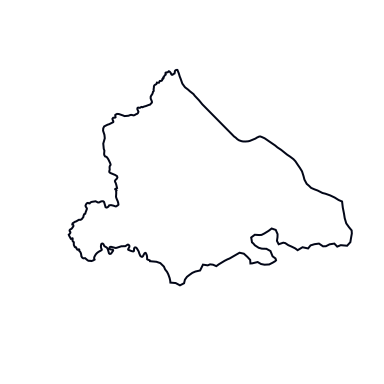 Nong, Savannakhét, Laos (Mercator projection), rotated 153°
{"feature_id": "54806243B35182777115371", "entity_name": "Nong", "entity_type": "district", "adm_level": 2, "iso_a3": "LAO", "parent_name": "Laos", "parent_adm1": "Savannakhét", "projection": "mercator", "projection_center": [106.609, 16.399], "detail": "fine", "context": "isolated", "style": "outline", "palette": "ink", "viewbox_px": 384, "rotation_deg": 153, "n_neighbors": 0, "source": "geoboundaries", "source_scale": "gbopen_adm2", "svg_char_len": 6072}
<svg xmlns="http://www.w3.org/2000/svg" viewBox="0 0 384 384"><g transform="rotate(153 192 192)"><path d="M260.8,149.4L255.4,146.0L252.5,143.0L250.9,138.3L251.1,135.2L250.5,132.2L250.5,129.5L251.0,125.5L251.7,122.8L252.4,121.1L247.9,118.3L245.1,114.3L240.5,114.3L238.1,117.1L235.0,118.7L231.8,119.3L228.4,119.8L225.1,119.6L220.4,118.4L215.2,122.3L211.3,119.5L208.7,119.3L206.3,117.7L204.0,114.9L200.9,115.4L194.0,115.9L191.0,115.9L188.7,115.7L177.2,116.3L173.8,113.5L172.1,109.0L171.0,105.1L172.4,101.8L170.8,101.1L165.3,99.8L163.2,96.5L160.4,94.3L156.1,92.4L152.1,92.4L149.2,92.6L148.1,93.0L147.8,94.9L149.4,98.1L148.9,103.8L151.5,107.6L155.5,109.8L157.9,112.0L160.2,116.0L160.7,118.2L161.4,119.9L159.9,124.6L155.5,125.4L151.6,123.1L149.5,122.2L146.4,122.2L141.4,122.6L137.6,123.3L134.6,120.2L134.9,115.6L136.3,113.0L138.5,109.9L138.5,106.1L133.7,105.4L132.1,104.1L130.4,101.0L128.1,98.2L125.7,95.0L124.3,92.2L118.6,92.6L114.2,89.0L110.6,90.6L106.6,89.9L102.3,88.4L99.9,84.1L97.3,82.9L93.1,82.9L88.6,81.4L87.4,77.4L83.6,77.1L78.2,73.7L73.7,75.4L71.5,78.4L68.4,82.5L67.2,85.3L68.1,89.4L68.8,94.0L67.8,99.4L66.4,103.7L64.7,109.7L62.6,115.4L65.0,118.3L67.4,122.3L70.4,126.2L73.9,129.9L76.2,131.9L79.4,136.3L81.8,138.9L84.0,141.6L84.9,144.3L86.1,147.2L86.2,152.0L85.4,155.6L84.6,160.4L84.9,164.3L85.4,168.1L85.9,172.4L86.7,175.2L88.5,178.9L90.3,182.1L93.5,189.2L95.6,192.9L96.8,195.7L102.9,206.9L105.0,209.5L106.1,210.6L107.1,210.9L109.4,211.0L111.2,210.8L117.4,211.3L119.0,211.7L121.6,212.8L123.5,213.8L124.9,214.9L126.6,216.7L127.6,218.4L128.4,220.6L129.3,222.3L143.0,265.4L144.1,270.5L145.9,276.6L146.2,278.5L148.1,282.6L149.0,285.0L150.6,288.3L150.8,289.1L151.4,293.0L150.7,298.2L150.5,300.5L149.9,303.7L149.6,307.4L150.6,307.9L151.5,307.9L152.2,307.6L152.5,307.3L153.3,306.0L153.8,305.5L155.1,305.6L155.4,305.5L155.8,305.3L156.5,305.4L156.9,305.8L157.0,306.3L156.9,307.5L157.1,308.8L157.3,309.4L157.8,310.1L158.4,310.0L158.8,309.8L159.3,309.7L159.9,309.9L160.5,310.2L161.3,310.3L161.5,310.2L161.8,309.7L161.8,309.4L161.9,308.9L162.1,308.6L162.4,308.4L163.1,308.4L163.6,308.2L164.8,307.3L165.3,307.3L165.7,307.1L165.8,306.9L165.7,306.4L165.9,306.2L166.4,306.0L166.8,306.2L167.2,306.1L167.8,305.2L168.1,305.0L169.2,305.0L169.4,305.1L169.7,305.3L170.1,305.5L170.4,305.5L171.8,304.4L172.7,304.8L173.6,305.4L174.4,304.6L174.9,304.3L176.3,304.3L176.9,304.2L177.7,303.7L178.1,303.2L178.7,302.1L179.6,301.0L179.8,300.2L180.4,299.3L181.3,299.0L181.8,298.3L182.9,297.3L183.9,296.7L184.3,296.6L185.6,295.6L186.4,294.0L186.6,291.0L187.1,289.9L188.4,289.4L189.8,288.9L191.0,289.2L194.1,289.5L195.9,289.9L197.6,290.0L198.0,290.5L198.6,290.8L199.7,290.6L200.5,290.8L201.4,291.5L202.2,291.7L202.7,291.3L203.1,290.6L203.3,287.8L204.3,286.9L205.2,286.6L206.4,286.7L208.2,286.6L209.1,286.7L211.1,288.3L211.9,288.6L214.0,288.8L216.3,289.7L217.7,290.3L218.6,291.4L221.8,294.7L223.3,295.6L224.7,295.6L225.5,295.4L226.2,293.3L226.8,293.2L227.7,293.6L228.6,293.9L229.6,293.4L229.9,292.6L230.0,290.7L230.5,290.0L235.0,290.0L236.7,290.3L240.5,290.3L242.2,289.0L243.4,287.0L244.1,282.6L245.3,279.5L249.1,275.4L251.0,270.6L251.3,268.6L253.1,265.7L253.4,264.5L253.3,263.2L252.5,262.4L252.0,261.5L251.7,259.1L251.8,255.2L252.0,253.6L252.4,253.0L253.2,252.6L253.8,252.1L254.3,251.3L255.2,249.2L256.3,248.1L256.6,247.1L256.1,246.0L252.7,242.0L251.6,240.1L251.9,238.8L252.9,238.0L254.6,237.5L255.7,236.8L255.9,235.9L255.9,234.6L256.2,232.8L257.0,229.5L257.8,229.4L258.9,229.6L259.2,229.2L258.8,228.4L258.5,227.7L259.4,226.9L259.9,225.6L261.9,222.2L262.2,220.5L262.4,217.3L262.7,215.8L263.3,214.1L264.2,213.8L264.9,213.8L265.9,213.6L266.7,213.9L268.2,215.5L270.0,217.0L270.9,217.4L271.9,217.7L273.2,216.9L275.0,216.8L275.5,217.2L275.9,217.7L274.9,223.0L275.2,223.9L276.3,224.6L277.5,224.9L279.7,224.9L280.6,225.4L282.1,227.5L285.8,228.7L286.7,228.8L287.5,228.7L288.4,228.3L289.0,228.7L289.6,229.5L290.2,229.7L291.0,229.6L292.0,229.1L293.0,228.3L293.3,227.4L293.1,225.3L293.2,224.9L293.6,224.4L296.0,222.2L297.0,221.1L298.1,221.2L299.3,220.2L300.2,219.0L300.7,218.8L302.2,218.0L303.5,217.8L303.9,217.8L304.8,218.3L305.4,218.6L308.5,218.4L309.7,218.6L312.5,218.3L313.0,217.9L313.3,217.5L313.1,217.4L312.9,217.1L312.8,216.4L312.9,215.9L313.3,215.3L315.5,214.1L316.3,213.9L317.5,213.9L318.0,213.7L318.4,213.5L318.7,213.0L318.7,212.5L318.6,211.8L318.6,211.4L318.9,210.9L320.1,210.2L321.2,209.9L321.3,208.9L321.2,205.2L320.8,205.0L319.8,205.1L319.5,205.0L319.5,204.6L320.5,203.0L320.6,202.3L320.5,201.9L320.1,200.9L320.5,200.2L321.3,198.5L321.4,196.3L321.2,195.9L320.7,195.7L320.4,195.2L320.4,194.9L320.6,194.2L320.3,192.6L320.1,192.5L319.1,192.4L318.7,192.2L318.6,191.9L319.2,190.7L318.8,189.6L318.8,187.9L319.4,185.7L319.7,185.3L319.7,183.7L319.2,182.6L318.9,182.2L317.3,181.6L316.1,178.7L315.6,177.9L314.9,177.3L314.1,177.1L313.3,176.3L312.8,176.1L310.9,175.9L309.5,176.0L309.4,177.1L308.9,178.0L308.2,178.7L306.1,180.1L304.2,180.8L302.5,181.1L299.8,181.2L298.9,181.3L298.5,181.8L298.4,183.4L298.0,184.6L297.3,185.8L296.4,186.8L296.1,186.9L295.7,186.9L295.3,186.8L295.0,186.6L294.6,185.6L294.6,185.1L294.7,184.1L294.6,183.4L293.6,181.9L293.1,180.9L293.0,180.0L293.1,178.7L293.8,175.1L293.7,174.7L293.5,174.3L293.1,174.0L292.6,173.9L292.0,173.9L289.5,175.2L288.9,175.6L288.7,175.9L288.7,176.3L288.8,176.5L290.8,178.0L291.1,178.3L291.2,178.7L291.2,179.2L290.8,179.8L290.4,180.1L289.8,180.2L289.5,180.1L289.0,179.9L286.6,177.8L285.8,177.0L284.6,176.5L279.5,175.7L276.3,174.1L275.8,174.0L273.4,174.3L273.0,174.2L272.6,173.9L272.3,173.2L272.2,172.7L272.5,171.9L272.9,171.4L274.8,170.1L275.0,169.8L275.0,169.4L274.3,168.6L272.8,166.9L271.6,165.9L271.2,165.7L270.6,165.8L270.2,166.3L269.2,168.0L268.8,168.3L268.3,168.5L268.0,168.5L267.7,168.4L267.2,168.0L266.9,167.5L266.7,166.5L266.5,163.2L266.8,161.7L267.0,159.7L267.0,158.5L266.9,158.1L266.3,157.2L266.0,156.9L265.5,156.9L264.4,157.3L263.8,157.9L262.2,158.9L261.5,159.0L261.3,159.0L261.0,158.8L260.9,158.5L260.9,157.6L261.0,156.3L261.3,155.0L262.5,152.5L262.3,152.0L260.7,150.3L260.6,149.8L260.8,149.4Z" fill="none" stroke="#020617" stroke-width="2"/></g></svg>